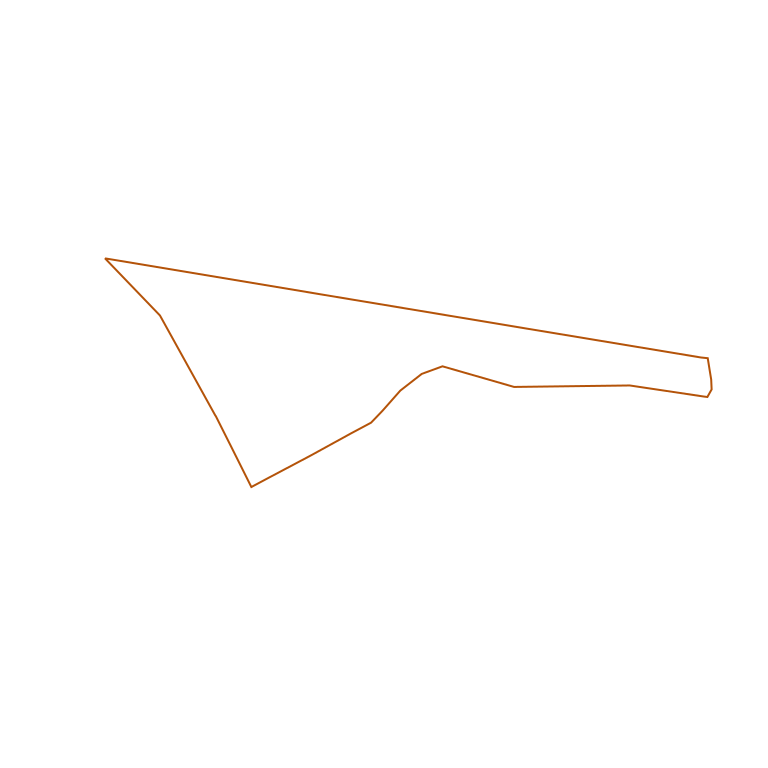 outline of Chiredzi Urban, Masvingo, Zimbabwe, rotated 22°
{"feature_id": "62879985B81925630456869", "entity_name": "Chiredzi Urban", "entity_type": "district", "adm_level": 2, "iso_a3": "ZWE", "parent_name": "Zimbabwe", "parent_adm1": "Masvingo", "projection": "mercator", "projection_center": [31.689, -21.032], "detail": "fine", "context": "isolated", "style": "outline", "palette": "amber", "viewbox_px": 768, "rotation_deg": 22, "n_neighbors": 0, "source": "geoboundaries", "source_scale": "gbopen_adm2", "svg_char_len": 583}
<svg xmlns="http://www.w3.org/2000/svg" viewBox="0 0 768 768"><g transform="rotate(22 384 384)"><path d="M291.6,324.6L78.4,372.0L78.2,372.0L150.6,404.4L239.4,476.4L240.1,476.8L262.4,496.4L265.6,499.2L269.0,502.2L273.3,506.0L274.0,506.6L299.6,529.2L312.9,513.3L342.9,477.7L371.7,442.4L386.5,424.7L391.4,412.5L392.7,409.2L401.6,384.0L415.2,360.5L431.6,345.7L505.7,338.0L612.4,293.3L684.9,275.9L688.7,274.9L689.8,266.3L685.7,257.3L681.2,249.9L674.5,238.8L667.9,240.7L492.3,279.9L375.5,305.9L374.6,306.1L324.8,317.2L291.6,324.6Z" fill="none" stroke="#b45309" stroke-width="2"/></g></svg>